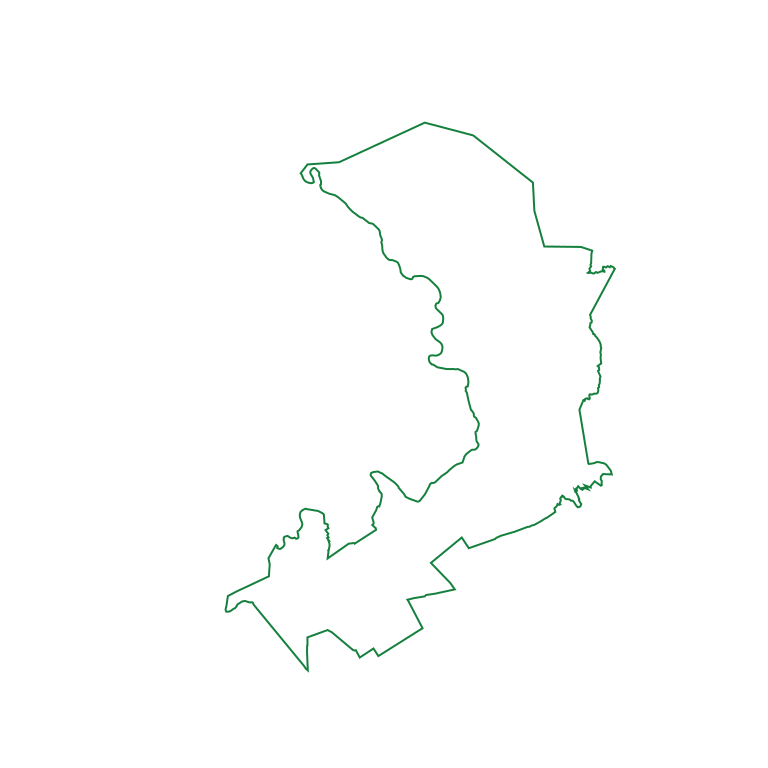 Ruíz, Nayarit, Mexico, rotated 327°
{"feature_id": "50627088B68527106513110", "entity_name": "Ruíz", "entity_type": "district", "adm_level": 2, "iso_a3": "MEX", "parent_name": "Mexico", "parent_adm1": "Nayarit", "projection": "equal_earth", "projection_center": [-105.012, 22.017], "detail": "fine", "context": "isolated", "style": "outline", "palette": "green", "viewbox_px": 768, "rotation_deg": 327, "n_neighbors": 0, "source": "geoboundaries", "source_scale": "gbopen_adm2", "svg_char_len": 6142}
<svg xmlns="http://www.w3.org/2000/svg" viewBox="0 0 768 768"><g transform="rotate(327 384 384)"><path d="M429.0,163.6L428.1,168.4L428.5,171.2L429.8,173.4L431.0,174.8L432.4,176.0L434.3,176.6L435.1,176.5L436.7,172.5L436.9,167.8L437.5,166.1L438.8,165.2L440.1,164.7L441.8,164.5L442.9,164.6L443.8,165.8L444.9,171.3L443.7,173.1L443.2,173.4L441.8,179.1L441.0,180.7L439.8,182.3L438.9,182.4L438.4,183.4L437.8,185.8L437.9,188.1L438.5,189.7L441.7,194.6L445.7,198.9L447.2,202.2L450.2,211.8L450.2,215.5L450.5,217.7L451.5,222.5L454.3,230.1L455.1,231.6L456.5,233.0L459.2,240.9L461.7,243.3L462.2,244.6L463.8,251.4L463.7,253.2L461.9,257.1L461.0,261.5L460.7,262.3L458.9,263.7L457.9,266.9L456.1,269.9L455.1,272.3L454.7,274.4L454.9,279.2L455.4,281.3L455.9,282.6L456.8,283.5L458.5,284.6L461.3,288.5L461.7,289.8L461.5,292.0L460.5,296.0L458.8,299.7L459.0,303.5L460.6,307.3L463.3,310.6L464.3,311.1L465.1,311.2L466.7,310.1L468.3,310.3L473.8,313.4L475.4,314.7L476.6,316.2L478.3,318.9L479.2,321.4L481.2,330.3L481.6,333.3L481.0,337.3L480.2,339.4L478.8,342.2L476.7,344.1L473.9,345.6L472.2,345.1L471.2,345.3L469.9,346.2L468.9,348.2L469.0,349.8L470.8,357.6L470.3,359.4L469.4,361.3L466.6,364.8L464.4,365.6L461.5,365.6L458.8,365.2L454.4,364.1L452.4,365.9L451.8,367.0L451.3,369.5L451.7,374.5L453.7,379.6L454.0,381.5L453.8,383.4L453.0,385.2L450.8,387.7L448.9,389.1L446.6,389.4L444.0,389.0L442.3,388.0L440.2,386.3L438.6,385.5L437.2,385.5L436.4,385.9L435.1,387.5L434.3,389.8L434.2,391.2L434.8,393.8L435.7,394.3L437.9,399.1L444.8,405.7L450.6,409.4L452.0,410.7L454.1,411.7L457.9,417.6L458.5,419.8L458.4,421.6L457.6,425.0L455.5,428.9L452.7,431.7L451.9,431.2L450.7,431.3L450.2,431.8L449.6,433.4L448.7,434.4L448.8,435.9L448.6,436.8L445.7,444.3L442.8,453.2L443.2,454.6L443.2,457.6L442.0,459.8L441.9,460.8L442.7,462.4L442.3,467.8L441.9,468.9L440.8,470.4L436.6,473.9L434.6,474.1L433.8,475.4L432.4,479.0L431.6,479.9L430.4,482.8L430.5,485.7L430.0,486.8L428.5,487.8L426.3,488.6L424.4,488.5L422.2,487.2L420.7,487.0L414.8,487.6L412.1,488.6L407.1,492.6L401.3,491.1L398.3,491.0L392.3,491.7L388.5,492.5L382.2,492.6L373.2,494.3L371.2,493.8L370.2,492.9L367.9,493.1L366.9,494.0L358.3,498.8L350.3,501.5L348.9,501.4L347.8,500.6L343.0,494.3L340.7,490.4L340.9,487.1L339.8,479.3L340.2,477.7L339.6,474.3L338.8,471.4L335.1,462.0L333.8,458.0L332.8,456.8L331.3,454.1L327.2,452.1L324.8,451.6L323.7,452.5L323.0,453.5L323.6,459.8L323.6,464.4L323.4,466.5L322.5,467.6L322.0,468.8L321.9,471.9L321.7,471.9L322.2,474.5L321.9,475.4L320.6,477.4L315.6,482.4L313.3,484.1L312.7,483.5L311.3,483.4L308.7,485.6L301.4,489.5L299.8,494.7L299.2,495.5L297.4,495.9L298.3,499.7L298.6,500.0L297.9,502.0L272.4,501.9L272.3,501.1L267.5,498.7L241.7,499.6L246.1,494.4L246.5,493.4L246.8,493.6L250.2,490.1L251.0,488.7L251.4,487.9L252.1,485.1L252.5,485.4L252.4,482.2L253.9,482.5L254.2,479.9L255.7,479.4L255.4,474.7L258.9,474.7L259.0,473.0L260.3,471.4L260.1,470.7L258.2,468.5L262.5,460.7L262.0,458.8L259.6,454.6L250.8,446.6L250.5,446.0L249.6,445.7L246.8,445.4L245.5,445.6L244.1,446.0L243.0,446.9L241.9,448.2L240.8,450.4L239.7,455.8L239.1,457.2L237.0,459.1L233.1,460.5L231.4,460.4L230.7,461.4L230.0,463.6L228.7,466.1L227.4,466.4L226.0,466.0L225.4,464.2L223.1,463.5L221.7,461.8L220.4,458.9L217.8,458.0L216.8,458.0L216.1,458.4L215.7,459.3L215.0,459.8L213.8,463.3L212.8,464.8L210.3,465.8L207.0,465.8L206.3,465.1L205.1,463.4L206.4,462.1L205.8,460.2L192.2,467.2L190.0,472.9L182.7,482.6L147.3,477.7L137.6,476.8L130.7,484.6L129.0,486.1L128.1,487.3L127.7,489.0L129.8,490.4L131.7,490.8L135.2,490.6L137.0,490.9L138.9,490.3L140.9,489.1L146.6,489.1L149.2,490.2L152.2,493.9L154.3,495.1L154.9,495.9L154.5,498.2L163.3,576.3L163.4,580.1L164.1,582.7L173.7,566.5L177.0,561.6L177.4,561.6L181.8,554.8L202.6,559.6L205.0,563.7L213.1,590.2L214.0,591.4L215.4,591.9L214.7,600.2L231.1,600.1L231.1,609.1L283.3,609.8L286.2,579.7L286.2,577.7L292.5,579.9L302.5,584.3L304.4,583.9L312.7,587.7L331.5,594.8L331.2,586.9L325.9,559.6L365.6,555.1L365.7,567.9L392.6,574.5L394.4,574.2L399.2,574.9L413.3,579.1L426.5,582.0L428.5,583.0L430.7,583.1L433.3,584.0L440.3,584.5L446.2,584.6L447.8,584.9L458.0,584.6L458.8,581.9L459.3,581.0L462.2,580.6L464.2,579.2L465.0,580.7L466.3,581.0L466.3,580.0L466.9,579.2L468.6,578.3L469.4,576.6L469.3,576.2L469.9,575.7L471.7,575.1L471.7,575.5L472.2,575.7L472.8,575.0L473.5,576.4L473.4,578.5L474.1,579.9L475.5,580.7L477.0,582.3L477.1,583.5L478.7,584.8L479.0,586.3L479.0,591.2L479.4,592.9L480.9,593.5L482.0,593.6L484.0,592.2L484.1,587.6L485.0,587.1L485.1,585.8L485.4,585.6L486.2,579.5L485.7,578.9L486.3,576.6L486.9,578.8L487.8,578.6L488.4,575.6L488.7,576.6L491.1,575.5L491.8,579.0L492.8,580.8L494.0,580.7L492.7,578.9L495.2,579.8L497.8,583.4L497.3,578.5L501.0,583.4L501.7,582.2L507.7,580.4L510.5,587.4L511.0,587.5L511.7,587.3L512.2,586.1L513.9,583.8L513.8,582.1L515.4,579.8L518.6,578.8L525.8,583.9L527.0,580.2L526.5,573.2L525.7,570.8L521.9,566.8L519.7,565.2L517.6,565.0L514.7,563.8L512.2,562.6L512.1,561.9L533.9,512.0L542.5,506.1L542.8,506.2L543.1,507.3L544.0,506.9L544.6,506.1L546.4,506.5L546.6,506.9L546.9,507.0L547.0,507.9L547.9,508.6L548.7,508.2L549.9,505.5L550.4,504.9L551.2,504.8L552.4,506.0L553.6,506.4L555.0,506.5L555.8,507.2L557.0,507.8L558.1,507.9L559.6,506.9L561.0,504.8L561.2,504.0L562.5,503.8L563.1,503.3L563.5,501.9L565.0,501.2L567.4,498.1L567.6,497.3L569.6,495.7L570.6,489.6L572.1,489.4L573.4,487.1L573.0,485.3L577.3,485.1L579.7,480.3L582.1,477.1L582.6,475.4L585.9,472.0L586.2,470.4L587.2,469.1L587.9,465.7L587.8,461.0L587.4,458.9L587.6,456.9L586.7,456.2L587.3,454.1L587.2,448.5L588.8,447.2L590.3,445.3L591.6,445.5L592.8,444.0L593.0,441.6L594.1,440.0L594.4,438.3L640.3,413.1L640.0,412.6L640.1,411.3L638.5,408.6L637.0,409.1L635.8,407.0L633.6,407.2L632.8,405.9L631.7,405.1L631.3,405.4L629.5,407.5L629.5,407.8L630.4,408.6L630.3,409.6L630.0,409.9L629.2,408.8L627.6,407.9L623.6,407.0L622.7,405.5L620.4,405.7L619.6,405.2L618.0,403.2L615.8,402.2L615.5,401.8L618.4,401.6L619.0,399.4L619.3,399.0L621.8,398.2L621.9,396.9L622.3,396.3L623.5,395.5L629.1,387.5L631.3,385.6L623.8,376.3L593.3,356.0L604.4,320.7L618.6,296.2L594.2,224.1L560.5,187.0L467.0,173.5L439.4,158.2L428.9,161.9L429.0,163.6Z" fill="none" stroke="#15803d" stroke-width="2"/></g></svg>